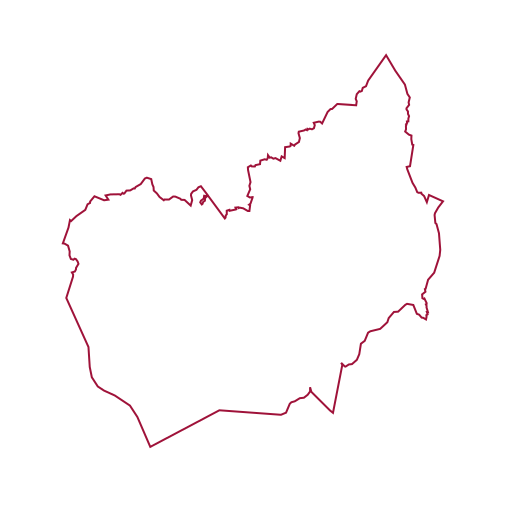 Athlone Lea-5, Westmeath, Ireland (Natural Earth projection), rotated 258°
{"feature_id": "5873133B82984950591493", "entity_name": "Athlone Lea-5", "entity_type": "district", "adm_level": 2, "iso_a3": "IRL", "parent_name": "Ireland", "parent_adm1": "Westmeath", "projection": "natural_earth1", "projection_center": [-7.834, 53.445], "detail": "fine", "context": "isolated", "style": "outline", "palette": "rose", "viewbox_px": 512, "rotation_deg": 258, "n_neighbors": 0, "source": "geoboundaries", "source_scale": "gbopen_adm2", "svg_char_len": 3444}
<svg xmlns="http://www.w3.org/2000/svg" viewBox="0 0 512 512"><g transform="rotate(258 256 256)"><path d="M425.4,425.0L404.3,402.2L399.2,398.9L398.3,395.4L395.4,393.8L395.1,392.1L395.7,391.4L393.3,388.2L389.0,386.2L386.4,386.7L382.6,385.3L387.8,367.1L384.0,361.0L384.2,359.4L382.0,356.0L371.9,348.2L374.0,346.7L374.4,345.3L374.3,340.2L371.8,340.7L368.9,339.2L368.3,337.1L369.4,335.0L368.9,333.3L369.6,332.7L368.5,332.0L369.4,330.9L368.8,329.1L368.7,323.7L367.3,323.1L362.2,323.4L358.6,321.7L356.9,317.3L355.9,316.3L358.7,313.3L356.6,312.8L356.1,311.8L356.4,307.1L345.8,304.4L348.1,301.8L344.1,299.6L347.7,295.4L347.6,293.2L349.4,291.3L349.3,289.9L352.1,288.7L349.2,287.8L347.9,286.5L348.8,284.6L348.4,280.1L345.0,279.0L345.0,274.4L343.8,273.5L344.5,270.5L345.6,269.8L344.5,266.5L341.8,266.1L329.4,266.0L326.0,264.1L322.5,264.2L316.5,260.0L314.5,262.2L314.3,264.9L313.9,264.8L308.4,261.5L307.6,259.9L306.8,260.8L301.4,258.9L301.7,257.4L305.3,253.4L306.7,250.1L306.5,249.1L307.3,248.9L307.6,246.0L305.8,246.4L305.7,246.0L305.7,239.6L306.7,239.6L306.4,236.8L302.9,236.1L301.9,234.8L299.9,234.2L299.2,233.3L325.2,221.5L323.3,218.3L320.7,217.5L319.9,215.6L318.1,214.5L317.7,213.7L319.6,212.8L320.1,212.6L321.6,213.7L323.0,216.8L325.7,217.8L325.1,219.3L325.8,221.3L335.7,216.6L335.2,214.0L333.1,211.5L332.3,207.8L330.3,205.5L328.8,205.0L323.9,205.2L318.9,202.6L325.7,197.8L326.5,194.6L327.8,193.8L330.9,189.4L331.4,187.3L329.3,182.6L330.3,178.2L329.7,177.4L333.8,173.9L337.8,172.1L341.3,169.6L344.8,170.1L347.6,169.5L353.0,169.5L355.3,165.5L354.9,163.4L350.3,158.2L348.5,152.6L347.2,151.4L347.6,150.4L346.3,146.6L346.9,142.9L344.5,140.2L344.5,139.3L345.5,138.6L344.0,136.2L344.8,135.2L346.5,126.5L346.5,121.5L341.8,123.3L342.1,119.0L348.0,110.4L343.8,105.1L342.4,104.7L341.6,102.0L336.6,98.6L332.4,88.7L328.6,82.4L329.8,81.5L322.8,78.5L308.5,69.7L307.9,71.3L305.2,74.3L299.2,74.7L295.4,73.7L291.6,74.3L290.3,76.6L291.1,78.0L290.4,79.2L287.7,80.4L285.2,80.7L281.8,77.5L280.3,77.1L278.5,75.6L278.2,72.5L275.9,73.3L273.8,72.7L254.4,61.7L201.8,73.2L182.0,70.3L171.5,70.2L161.3,74.1L156.0,79.3L148.9,88.9L135.9,101.6L123.2,106.5L91.3,112.9L112.7,188.1L95.5,247.4L96.5,252.8L104.4,258.3L105.6,260.2L105.8,263.7L107.8,269.3L107.4,273.4L109.5,277.7L112.3,280.8L116.4,281.6L111.6,281.9L89.5,296.3L86.6,298.7L131.6,317.8L133.8,317.1L129.6,319.8L129.2,320.6L130.6,324.3L130.3,327.4L133.5,333.1L138.5,336.6L148.4,340.4L150.4,344.7L157.7,349.7L158.6,352.2L158.9,362.3L163.9,370.7L167.7,372.9L172.6,379.3L172.0,383.4L177.2,391.9L177.8,393.8L175.4,399.7L166.0,401.3L164.7,403.4L161.3,405.2L160.8,406.7L158.6,409.1L161.1,410.2L162.7,410.3L163.2,411.7L165.6,411.5L165.3,412.5L170.3,412.1L171.7,412.5L173.4,412.1L173.6,412.9L174.5,413.1L179.4,411.9L179.1,411.2L180.1,410.0L183.9,410.5L185.8,414.3L188.5,414.3L188.7,415.1L197.0,419.4L202.6,426.8L217.9,435.6L223.7,437.5L240.2,439.7L249.7,439.2L251.0,438.3L259.0,439.2L260.7,440.0L265.6,444.4L270.6,450.3L279.7,437.9L273.1,434.3L279.7,432.9L282.5,430.8L283.6,430.8L284.0,428.2L284.9,427.0L289.8,426.1L295.0,424.3L309.4,422.0L311.8,421.9L311.8,425.3L331.9,433.0L332.5,432.0L338.0,432.2L341.5,433.1L342.9,430.8L346.7,427.8L348.8,429.1L352.1,429.7L353.2,430.5L353.7,430.2L354.6,431.4L356.2,431.6L356.0,433.0L358.7,433.6L361.0,434.8L363.4,434.2L365.8,434.7L368.1,433.7L369.2,433.9L372.0,437.2L374.5,437.2L379.1,439.4L383.1,437.8L392.7,437.3L408.2,430.8L425.4,425.0Z" fill="none" stroke="#9f1239" stroke-width="2"/></g></svg>